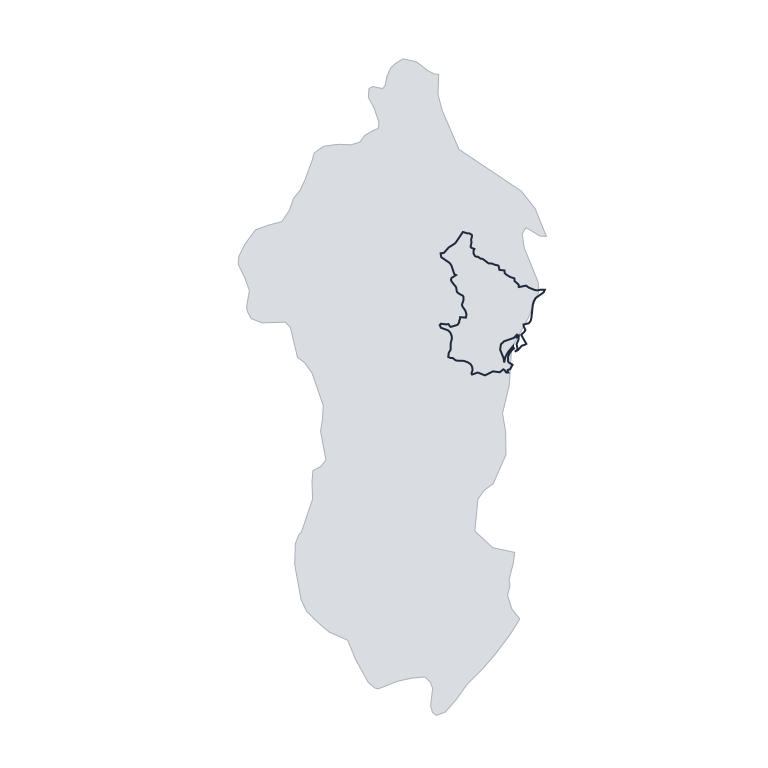 Fier on a map of Albania (Robinson projection), rotated 185°
{"feature_id": "ALB-1495", "entity_name": "Fier", "entity_type": "County", "adm_level": 1, "iso_a3": "ALB", "parent_name": "Albania", "parent_adm1": "", "projection": "robinson", "projection_center": [19.627, 40.746], "detail": "medium", "context": "in_parent", "style": "outline", "palette": "slate", "viewbox_px": 768, "rotation_deg": 185, "n_neighbors": 0, "source": "natural_earth", "source_scale": "10m", "svg_char_len": 3370}
<svg xmlns="http://www.w3.org/2000/svg" viewBox="0 0 768 768"><g transform="rotate(185 384 384)"><path d="M239.1,227.6L239.6,216.8L242.4,199.7L240.9,194.0L242.5,184.2L237.1,171.1L228.3,161.7L236.8,145.0L249.3,124.9L260.9,108.9L274.9,92.3L284.3,76.3L294.3,62.6L302.9,58.4L307.2,61.3L309.5,67.3L309.0,85.1L312.0,91.2L317.9,95.7L330.5,93.5L344.5,89.1L363.3,79.7L366.5,80.3L373.5,85.2L388.1,106.7L397.8,125.5L416.9,132.1L427.5,139.5L441.2,150.7L447.8,161.9L457.2,196.3L458.4,217.1L455.7,226.6L453.4,229.1L445.1,263.0L447.2,280.2L447.2,291.6L440.0,296.1L435.2,303.2L443.1,331.4L442.2,343.4L442.6,357.2L456.7,388.7L465.1,398.4L472.5,403.0L482.1,432.0L487.7,437.0L510.7,434.3L522.0,437.5L526.5,444.4L527.6,449.0L526.2,465.3L532.0,477.8L539.7,490.6L539.7,498.5L534.7,511.3L525.5,526.3L513.3,532.0L499.9,536.9L493.5,548.6L490.3,560.9L484.3,570.1L480.6,580.2L475.0,600.7L473.7,608.2L464.6,615.7L450.4,618.8L437.7,619.4L429.1,622.9L424.8,630.0L416.8,635.7L411.9,638.2L411.9,644.5L417.8,657.7L424.6,668.3L424.7,676.9L421.4,679.3L411.1,678.2L408.9,681.4L407.8,691.0L405.0,699.1L400.8,704.1L393.4,709.6L379.8,707.8L367.0,699.6L360.3,697.1L356.5,697.3L355.5,677.3L349.9,661.7L329.7,624.2L264.0,588.1L248.6,571.8L241.8,558.2L235.1,545.3L241.6,544.9L248.0,548.2L256.2,552.1L259.5,545.6L256.0,531.5L239.1,498.5L237.9,489.5L246.2,461.9L260.0,430.9L259.1,393.4L263.4,365.1L258.6,346.7L256.4,324.2L266.5,294.2L275.1,286.8L280.4,277.3L280.7,245.4L261.4,230.4L239.1,227.6Z" fill="#d9dde1" stroke="#a8b0b8" stroke-width="1"/><path d="M232.0,491.9L232.9,489.2L240.4,482.9L242.0,479.5L242.7,475.9L242.9,462.9L243.5,459.4L245.1,457.1L250.2,455.4L249.8,453.5L247.8,450.1L248.6,448.4L251.6,444.9L245.7,436.4L247.3,435.2L250.0,434.2L253.4,429.6L256.4,427.6L253.9,430.2L255.4,435.3L253.9,439.6L253.9,444.2L255.2,444.2L255.8,441.1L256.3,444.2L258.7,441.2L268.0,437.1L271.0,433.7L271.3,428.3L267.1,420.1L266.1,415.9L265.5,421.4L263.3,426.5L258.7,433.0L258.6,432.0L257.6,430.7L259.5,428.9L261.5,425.8L262.8,421.9L262.4,417.4L261.5,416.3L257.6,414.4L259.6,409.8L262.0,408.7L261.9,407.4L261.2,406.3L263.2,406.1L265.3,408.5L266.4,409.0L269.6,405.8L276.5,406.1L284.1,401.4L291.6,403.6L297.1,401.1L297.8,402.1L297.0,405.5L297.4,407.8L298.2,409.7L299.7,411.5L302.3,412.9L306.6,414.0L313.0,413.6L314.8,413.9L317.9,415.9L320.0,415.7L322.4,416.6L322.2,420.7L320.6,424.0L321.1,430.3L320.3,435.3L320.8,437.9L322.4,440.9L324.0,442.4L325.1,443.1L332.2,445.0L333.6,447.5L332.6,449.0L326.9,448.8L325.0,449.3L323.4,447.2L322.5,446.7L316.5,449.1L315.7,449.6L314.4,452.2L314.6,453.9L314.0,454.9L314.0,457.2L308.2,457.3L307.9,460.5L309.3,464.0L312.6,468.1L313.3,469.6L312.1,474.5L312.5,478.0L313.3,478.9L317.1,480.5L319.4,482.1L320.6,486.7L325.5,491.9L326.4,493.6L326.0,495.5L321.7,498.8L323.6,499.7L327.1,507.8L329.0,510.2L338.0,515.3L339.0,519.1L335.7,519.9L331.4,525.7L326.0,529.8L324.8,531.2L318.7,542.3L313.8,541.3L312.0,541.5L309.5,540.2L309.2,538.5L309.8,535.6L309.2,532.5L309.7,528.2L308.6,527.2L305.7,526.4L306.4,524.8L306.2,521.8L304.5,519.4L303.1,518.8L301.6,519.0L298.7,517.3L296.6,517.2L290.4,513.3L287.1,513.4L283.4,512.3L280.8,512.1L280.2,511.7L278.9,507.7L273.9,507.6L273.4,505.0L271.8,503.7L267.6,501.6L263.3,500.6L262.9,497.9L259.1,495.2L258.4,494.4L258.4,492.7L258.0,492.3L251.0,494.4L248.3,492.7L242.0,490.8L239.4,490.6L236.5,491.5L232.0,491.9Z" fill="none" stroke="#1e293b" stroke-width="2"/></g></svg>